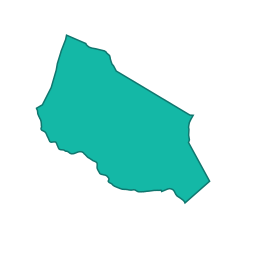 outline of Dennery By Pass/Rocky Lane, Dennery, Saint Lucia, rotated 207°
{"feature_id": "8701671B20173506314249", "entity_name": "Dennery By Pass/Rocky Lane", "entity_type": "district", "adm_level": 2, "iso_a3": "LCA", "parent_name": "Saint Lucia", "parent_adm1": "Dennery", "projection": "equal_earth", "projection_center": [-60.9, 13.915], "detail": "fine", "context": "isolated", "style": "filled", "palette": "teal", "viewbox_px": 256, "rotation_deg": 207, "n_neighbors": 0, "source": "geoboundaries", "source_scale": "gbopen_adm2", "svg_char_len": 3329}
<svg xmlns="http://www.w3.org/2000/svg" viewBox="0 0 256 256"><g transform="rotate(207 128 128)"><path d="M218.5,104.1L218.2,103.6L217.6,103.3L217.0,102.8L216.4,102.2L216.0,101.5L215.5,100.8L215.1,100.1L214.6,99.5L214.0,99.0L213.4,98.5L212.7,97.9L212.1,97.5L211.5,97.0L210.9,96.5L210.2,96.1L209.6,95.6L209.0,95.0L208.5,94.4L208.0,93.8L207.6,93.1L207.1,92.4L206.7,91.6L206.3,90.9L205.8,90.2L205.4,89.4L205.4,88.5L205.1,87.7L204.5,87.2L203.8,86.9L203.1,86.9L202.4,86.9L201.7,86.9L201.0,86.9L200.3,86.8L199.7,86.6L199.0,86.3L198.4,85.9L197.8,85.4L197.2,84.9L196.6,84.4L196.0,83.9L195.4,83.5L194.7,83.0L194.1,82.5L193.5,82.0L192.9,81.5L192.2,81.0L191.6,80.5L190.9,80.4L190.2,80.4L189.6,80.7L188.9,81.2L188.3,81.6L187.7,82.0L187.0,82.3L186.3,82.6L185.6,82.5L185.0,82.1L184.4,81.6L183.8,81.1L183.2,80.5L182.5,80.0L181.9,79.5L181.4,79.0L180.7,78.5L180.1,78.1L179.5,77.9L178.8,78.0L178.1,78.1L177.4,78.4L176.8,78.7L176.1,78.9L175.4,79.2L174.7,79.2L174.0,79.1L173.3,79.0L172.6,79.2L172.0,79.5L171.3,79.6L170.6,79.6L169.9,79.5L169.2,79.4L168.4,79.2L167.7,79.2L167.0,79.3L166.3,79.5L165.7,79.9L165.0,80.3L164.4,80.8L163.9,81.4L163.3,82.0L162.8,82.6L162.3,83.2L161.7,83.8L161.2,84.3L160.6,84.8L159.9,85.1L159.3,85.5L158.6,85.7L157.9,85.8L157.2,85.8L156.5,85.7L155.8,85.4L155.2,85.1L154.5,85.0L153.8,84.8L153.1,84.5L152.4,84.3L151.7,84.0L151.0,83.8L150.3,83.6L149.6,83.6L148.8,83.5L148.1,83.5L147.4,83.4L146.6,83.3L145.8,83.2L145.1,83.1L144.4,83.0L143.7,83.1L143.0,83.1L142.3,83.2L141.5,83.2L140.7,83.1L140.1,82.9L139.4,82.4L139.0,81.7L138.6,80.9L138.2,80.1L137.9,79.3L137.5,78.6L137.0,77.9L136.4,77.4L135.8,77.0L135.2,76.5L134.5,76.1L133.9,75.7L133.3,75.3L132.6,74.8L131.9,74.6L131.2,74.6L130.5,74.7L129.8,74.9L129.1,75.1L128.5,75.2L127.8,75.4L127.1,75.6L126.4,75.7L125.7,75.7L125.0,75.6L124.3,75.4L123.7,75.1L123.0,74.8L122.4,74.5L121.8,73.9L121.6,73.1L121.6,72.1L121.3,71.4L120.6,71.1L119.8,70.9L119.1,70.9L118.4,70.9L117.7,70.9L117.0,70.8L116.3,70.6L115.6,70.3L114.9,70.1L114.1,70.1L113.4,70.0L112.7,70.1L112.0,70.1L111.3,70.2L110.6,70.2L109.9,70.3L109.2,70.4L108.5,70.4L107.7,70.5L107.0,70.6L106.3,70.7L105.6,70.8L104.9,71.0L104.3,71.3L103.5,71.6L102.8,72.0L102.1,72.3L101.5,72.5L100.8,72.8L100.1,73.0L99.4,73.2L98.7,73.4L98.1,73.7L97.4,73.9L96.8,74.2L96.1,74.7L95.5,75.1L94.9,75.6L94.2,75.8L93.5,76.0L92.8,75.9L92.1,75.9L91.4,75.8L90.7,75.8L90.0,75.9L89.4,76.1L88.7,76.4L88.0,76.8L87.3,77.1L86.7,77.5L86.0,77.9L85.3,78.2L84.7,78.7L84.0,79.1L83.4,79.5L82.8,80.0L82.1,80.4L81.5,80.8L80.8,81.2L80.1,81.7L79.4,82.2L78.8,82.6L78.1,83.1L77.5,83.5L76.8,84.0L76.2,84.4L75.5,84.7L74.9,85.1L74.3,85.4L73.6,85.8L72.9,86.1L72.3,86.4L71.6,86.8L71.0,87.2L70.3,87.6L69.9,87.4L69.2,86.7L67.7,88.4L65.0,91.6L63.4,92.9L61.5,93.4L59.8,93.4L58.0,92.6L55.3,90.6L53.4,89.7L49.7,89.3L46.1,88.7L44.3,88.0L43.2,87.1L31.1,117.6L67.5,142.5L67.9,145.3L70.7,149.1L73.0,154.3L74.4,156.2L75.1,158.2L75.8,160.7L75.9,164.5L75.7,168.9L78.7,167.6L164.3,173.4L169.1,176.8L171.3,177.7L172.9,179.2L175.1,181.5L176.2,183.0L177.4,184.2L181.0,185.1L182.2,185.8L184.0,186.0L192.9,183.9L196.4,182.8L199.3,182.4L201.6,182.8L202.9,183.3L203.9,184.1L224.9,182.8L224.0,179.5L223.7,178.3L223.2,173.1L223.0,171.4L222.5,166.3L222.4,165.7L222.2,164.9L220.3,154.0L220.2,153.4L218.2,146.9L214.8,129.2L214.8,109.8L218.5,104.1Z" fill="#14b8a6" stroke="#0f766e" stroke-width="1.5"/></g></svg>